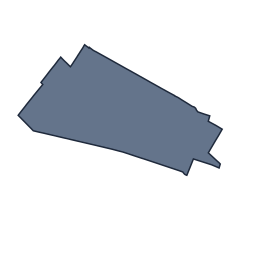 outline of Rusanesti, Olt, Romania, rotated 36°
{"feature_id": "2599482B48981848696155", "entity_name": "Rusanesti", "entity_type": "district", "adm_level": 2, "iso_a3": "ROU", "parent_name": "Romania", "parent_adm1": "Olt", "projection": "natural_earth1", "projection_center": [24.553, 43.927], "detail": "fine", "context": "isolated", "style": "filled", "palette": "slate", "viewbox_px": 256, "rotation_deg": 36, "n_neighbors": 0, "source": "geoboundaries", "source_scale": "gbopen_adm2", "svg_char_len": 1718}
<svg xmlns="http://www.w3.org/2000/svg" viewBox="0 0 256 256"><g transform="rotate(36 128 128)"><path d="M53.0,185.9L53.5,185.7L58.1,183.8L62.2,182.0L82.4,173.5L127.6,154.5L132.8,152.5L135.1,151.6L137.8,150.5L138.5,150.3L138.7,150.2L151.3,146.2L157.5,144.2L158.3,143.9L163.6,142.2L194.3,132.5L194.9,132.3L195.0,132.3L198.1,131.4L198.4,131.4L198.8,131.6L200.4,132.0L200.9,132.1L201.0,132.1L201.3,132.1L202.0,132.0L202.7,131.9L203.1,131.8L203.4,131.7L201.2,122.9L199.1,114.6L217.3,108.6L220.7,107.8L223.4,107.2L225.2,106.8L224.7,105.4L223.8,102.9L221.6,102.5L220.2,102.4L207.6,100.9L207.2,97.3L206.2,86.9L205.6,79.9L204.9,73.6L198.1,74.2L189.0,75.4L187.0,70.1L181.3,72.0L175.0,73.9L172.9,73.3L171.2,72.3L170.3,72.2L169.4,72.1L168.3,72.4L167.2,72.8L166.7,72.8L154.3,73.7L151.8,73.8L149.9,74.0L146.9,74.6L146.8,74.4L139.9,75.3L131.1,76.4L124.1,77.2L118.5,77.9L118.3,77.9L98.5,80.2L92.1,81.0L70.8,83.5L56.8,85.2L56.0,85.4L54.0,85.6L49.3,85.5L49.5,86.1L49.5,86.3L48.1,86.2L45.2,86.2L44.0,86.1L44.0,86.4L44.0,87.1L44.0,87.3L44.1,87.6L44.1,87.9L44.2,88.6L44.3,89.3L44.3,89.7L44.4,90.9L44.4,91.3L44.4,91.9L44.5,92.8L44.5,93.4L44.5,93.9L44.5,94.3L44.6,94.6L44.6,95.5L44.7,96.3L44.7,97.0L44.7,97.8L44.8,97.9L44.8,98.3L44.8,98.7L44.8,98.9L44.8,99.3L44.9,99.6L45.2,106.0L45.2,106.6L45.3,107.6L45.4,109.8L45.4,110.8L45.4,112.3L44.5,112.2L42.6,111.9L40.1,111.5L38.5,111.3L38.4,111.3L37.0,111.1L34.5,110.7L31.9,110.2L31.9,111.5L31.7,114.2L31.7,115.3L31.6,121.0L31.5,122.0L31.4,124.3L31.2,128.9L31.1,133.5L30.8,142.3L32.2,142.6L33.5,142.9L33.2,147.4L32.6,157.7L32.6,158.7L32.6,158.9L32.1,168.7L32.1,169.0L32.1,170.6L31.8,177.9L31.7,181.2L31.7,182.3L50.8,185.5L53.0,185.9Z" fill="#64748b" stroke="#1e293b" stroke-width="1.5"/></g></svg>